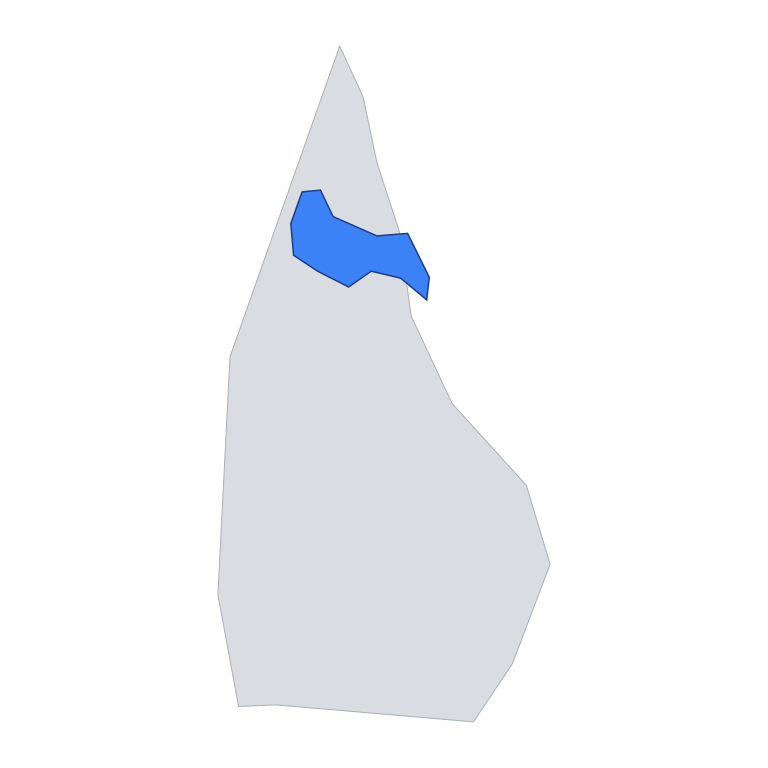 Liechtenstein, with Eschen highlighted
{"feature_id": "LIE-4902", "entity_name": "Eschen", "entity_type": "state/province", "adm_level": 1, "iso_a3": "LIE", "parent_name": "Liechtenstein", "parent_adm1": "", "projection": "robinson", "projection_center": [9.535, 47.208], "detail": "fine", "context": "in_parent", "style": "filled", "palette": "blue", "viewbox_px": 768, "rotation_deg": 0, "n_neighbors": 0, "source": "natural_earth", "source_scale": "10m", "svg_char_len": 540}
<svg xmlns="http://www.w3.org/2000/svg" viewBox="0 0 768 768"><path d="M473.4,721.9L275.8,704.9L238.6,706.5L217.9,594.8L230.0,356.8L339.7,46.1L363.2,97.1L376.8,162.1L399.3,231.4L411.2,316.1L452.1,403.5L526.3,485.3L550.1,564.3L512.5,663.5L473.4,721.9Z" fill="#d9dde1" stroke="#a8b0b8" stroke-width="1"/><path d="M407.6,233.4L429.3,277.3L426.7,299.9L400.7,278.2L371.1,271.2L348.6,287.0L317.6,271.2L293.6,255.3L290.8,223.6L302.1,191.9L320.4,190.1L333.1,216.6L376.8,235.9L407.6,233.4Z" fill="#3b82f6" stroke="#1e3a8a" stroke-width="1.5"/></svg>